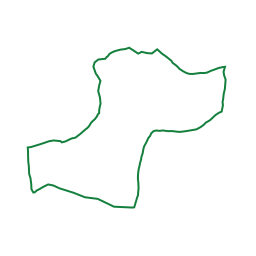 the district of Etsako Central, Edo, Nigeria, rotated 83°
{"feature_id": "59680162B80670265641804", "entity_name": "Etsako Central", "entity_type": "district", "adm_level": 2, "iso_a3": "NGA", "parent_name": "Nigeria", "parent_adm1": "Edo", "projection": "robinson", "projection_center": [6.506, 6.978], "detail": "fine", "context": "isolated", "style": "outline", "palette": "green", "viewbox_px": 256, "rotation_deg": 83, "n_neighbors": 0, "source": "geoboundaries", "source_scale": "gbopen_adm2", "svg_char_len": 2054}
<svg xmlns="http://www.w3.org/2000/svg" viewBox="0 0 256 256"><g transform="rotate(83 128 128)"><path d="M207.5,131.5L200.2,128.3L198.3,127.5L196.0,126.3L193.3,125.8L192.9,125.7L189.4,124.9L183.6,124.4L180.1,124.4L177.0,124.0L174.4,123.5L170.4,122.5L166.5,121.0L164.7,120.5L161.2,119.0L158.1,118.1L156.3,117.2L155.0,116.6L150.2,115.1L148.0,114.1L145.3,112.1L142.2,110.1L140.5,109.1L138.7,107.1L136.1,105.6L134.3,103.1L133.9,100.5L134.7,96.9L134.7,95.2L134.7,93.4L135.0,92.5L136.0,88.8L136.4,84.7L137.3,81.1L138.2,77.1L138.2,75.8L138.2,73.5L138.2,71.0L137.7,60.3L135.9,55.7L135.0,54.1L134.4,53.1L134.3,52.9L134.2,52.7L131.9,49.7L131.6,48.8L130.2,45.6L128.4,43.1L125.8,39.6L124.0,36.0L123.1,33.0L120.0,32.0L116.9,31.0L113.9,31.0L110.8,30.0L106.0,28.9L105.1,28.6L101.1,27.1L98.5,26.6L96.2,26.1L91.8,25.2L87.4,26.2L83.9,26.3L79.1,24.3L79.1,26.8L79.5,30.9L80.4,34.4L81.3,38.5L82.7,43.1L82.7,43.6L82.7,44.8L82.7,46.1L82.2,49.2L82.2,51.8L82.3,56.8L81.8,60.4L80.5,63.4L78.3,66.5L75.7,69.6L73.7,71.0L72.2,72.2L68.7,75.8L66.5,76.8L63.8,79.4L61.5,81.7L61.2,82.0L58.6,85.0L53.5,89.4L56.9,95.2L56.0,99.9L54.1,105.1L55.4,108.8L48.5,117.0L49.3,121.1L49.3,126.1L50.1,131.6L51.0,134.7L52.1,137.2L54.4,139.4L55.0,140.6L56.5,142.1L56.4,149.1L58.8,153.1L62.9,154.9L70.1,153.3L73.2,151.6L77.8,149.6L82.0,151.3L87.8,153.1L94.3,152.1L100.6,152.3L103.4,153.4L107.1,154.5L109.7,154.8L110.9,156.4L112.5,157.2L114.2,158.9L115.1,159.7L116.9,162.3L118.6,164.3L118.8,164.4L121.3,166.3L123.0,168.3L124.8,171.3L126.6,173.9L128.3,176.4L129.7,178.9L131.0,180.9L131.4,183.0L131.4,184.5L131.9,186.5L132.8,189.1L133.7,191.6L134.2,195.4L132.8,196.7L131.3,203.3L131.5,207.9L133.3,216.5L134.2,221.6L135.1,226.7L135.1,229.9L139.5,230.1L143.8,230.6L149.6,231.1L154.0,231.1L161.5,231.7L165.9,230.9L172.1,230.9L176.9,231.3L180.5,229.8L180.5,228.5L178.9,226.2L177.6,222.6L176.8,221.0L175.7,218.1L174.3,214.1L175.9,209.3L175.9,209.2L179.5,203.4L182.6,196.6L185.7,189.8L191.5,179.2L194.6,166.8L199.0,159.9L204.4,151.5L207.5,133.3L207.5,131.5Z" fill="none" stroke="#15803d" stroke-width="2"/></g></svg>